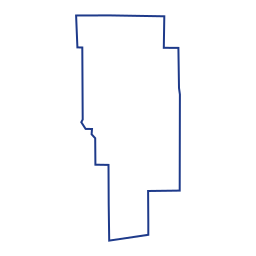 Ashland, Ohio, United States of America
{"feature_id": "52423323B55530951280256", "entity_name": "Ashland", "entity_type": "district", "adm_level": 2, "iso_a3": "USA", "parent_name": "United States of America", "parent_adm1": "Ohio", "projection": "orthographic", "projection_center": [-82.294, 40.81], "detail": "fine", "context": "isolated", "style": "outline", "palette": "blue", "viewbox_px": 256, "rotation_deg": 0, "n_neighbors": 0, "source": "geoboundaries", "source_scale": "gbopen_adm2", "svg_char_len": 396}
<svg xmlns="http://www.w3.org/2000/svg" viewBox="0 0 256 256"><path d="M179.7,190.6L179.9,94.5L179.0,88.0L178.4,47.9L163.8,47.8L164.3,16.3L109.5,15.4L76.1,15.5L77.4,47.4L82.3,47.5L82.7,119.5L81.3,122.2L85.6,128.9L92.0,129.0L91.6,134.3L95.2,138.2L95.4,164.7L108.5,164.9L108.7,203.8L109.2,240.6L148.3,234.8L148.3,223.1L148.1,191.0L179.7,190.6Z" fill="none" stroke="#1e3a8a" stroke-width="2"/></svg>